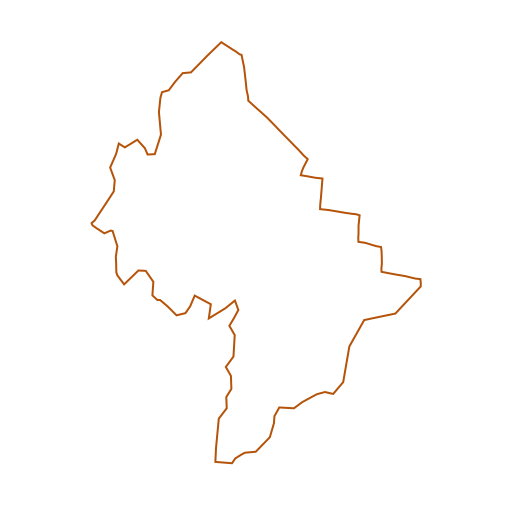 the district of Al-Namaniya, Wasit, Iraq, rotated 186°
{"feature_id": "34846034B89044527210900", "entity_name": "Al-Namaniya", "entity_type": "district", "adm_level": 2, "iso_a3": "IRQ", "parent_name": "Iraq", "parent_adm1": "Wasit", "projection": "equal_earth", "projection_center": [45.52, 32.446], "detail": "fine", "context": "isolated", "style": "outline", "palette": "amber", "viewbox_px": 512, "rotation_deg": 186, "n_neighbors": 0, "source": "geoboundaries", "source_scale": "gbopen_adm2", "svg_char_len": 1865}
<svg xmlns="http://www.w3.org/2000/svg" viewBox="0 0 512 512"><g transform="rotate(186 256 256)"><path d="M312.9,465.0L325.8,449.6L325.6,449.8L339.9,431.8L347.0,430.4L348.0,430.2L354.3,421.3L360.1,411.7L366.6,409.1L367.6,403.3L367.6,389.0L363.2,366.8L367.3,346.7L374.4,345.6L377.8,351.6L386.2,359.2L397.8,350.3L404.2,353.5L405.8,342.8L410.3,328.7L404.4,316.7L404.2,305.4L407.6,298.7L420.2,274.4L423.0,271.5L421.8,269.4L418.3,267.4L409.2,262.7L403.2,266.1L401.2,265.8L394.9,251.2L395.3,240.5L394.1,232.8L394.1,232.2L393.2,225.2L392.0,222.4L384.2,214.0L371.4,229.3L364.1,229.7L355.4,219.6L354.9,206.0L349.4,201.9L346.8,202.2L338.7,196.7L328.8,188.7L320.2,191.8L316.2,199.1L312.8,210.2L295.9,203.3L296.4,189.0L281.0,200.8L272.3,209.5L267.9,200.5L271.6,191.5L275.2,183.8L269.7,176.2L268.9,175.1L267.9,153.6L274.4,142.5L268.4,134.1L266.6,121.3L270.8,112.6L269.2,101.5L276.0,90.4L275.7,60.9L274.9,47.0L265.8,47.2L258.2,47.4L255.4,52.6L249.6,57.1L246.5,59.2L235.8,61.3L223.3,77.2L220.7,91.4L220.9,98.7L217.0,107.8L202.4,108.5L194.5,115.7L181.2,124.8L173.4,127.9L164.8,126.9L156.1,139.7L153.7,175.8L141.7,203.6L134.3,206.0L116.5,211.7L111.4,213.3L89.0,242.9L89.3,246.4L90.1,250.2L95.0,250.2L97.4,250.5L105.5,251.6L116.7,252.3L129.5,253.4L130.0,256.5L130.0,261.4L131.1,270.4L131.8,274.8L132.6,278.0L137.9,278.4L148.6,280.5L155.6,280.8L156.2,284.7L156.4,289.2L157.2,297.2L157.2,307.3L160.6,308.0L165.0,308.0L172.6,308.3L188.3,309.3L197.2,309.3L197.5,313.9L197.5,320.5L198.0,340.0L200.1,340.0L205.0,340.0L214.2,340.7L219.9,341.0L219.2,345.2L218.1,349.0L214.7,357.7L218.9,360.8L224.9,366.1L229.9,370.2L233.5,373.2L240.9,379.3L246.8,384.2L249.2,386.3L259.7,395.0L268.9,401.6L279.9,409.6L280.6,413.8L282.7,420.0L284.3,427.7L287.7,443.0L289.0,446.9L291.4,454.5L293.5,454.9L297.4,457.3L300.5,458.7L307.9,462.5L312.9,465.0Z" fill="none" stroke="#b45309" stroke-width="2"/></g></svg>